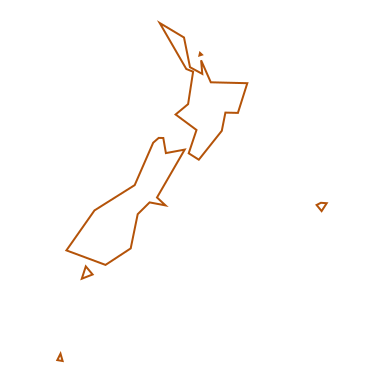 an SVG outline of New Zealand
{"feature_id": "NZL", "entity_name": "New Zealand", "entity_type": "country or territory", "adm_level": 0, "iso_a3": "NZL", "parent_name": "Oceania", "parent_adm1": "", "projection": "mercator", "projection_center": [173.207, -30.558], "detail": "coarse", "context": "isolated", "style": "outline", "palette": "amber", "viewbox_px": 384, "rotation_deg": 0, "n_neighbors": 0, "source": "natural_earth", "source_scale": "50m", "svg_char_len": 708}
<svg xmlns="http://www.w3.org/2000/svg" viewBox="0 0 384 384"><path d="M165.9,153.1L184.7,149.6L157.0,197.5L165.5,205.4L149.6,202.4L137.7,214.2L130.7,248.4L105.5,264.9L66.4,250.4L94.5,210.4L134.7,185.1L153.2,142.7L158.7,137.9L163.3,138.0L165.9,153.1ZM159.7,23.0L184.0,37.5L190.0,67.2L202.3,73.9L201.1,60.3L210.8,82.3L247.3,83.2L237.9,112.9L225.4,112.6L221.8,130.8L198.8,159.7L188.7,153.3L196.5,130.0L175.6,114.5L188.1,104.1L193.1,71.7L186.3,69.0L159.7,23.0ZM85.8,266.4L92.6,274.5L81.8,278.7L85.8,266.4ZM326.7,203.2L321.6,211.1L316.6,205.0L320.9,202.8L326.7,203.2ZM60.5,353.7L62.6,361.0L57.3,360.1L60.5,353.7ZM201.9,54.7L199.4,55.5L200.0,52.9L201.9,54.7Z" fill="none" stroke="#b45309" stroke-width="2"/></svg>